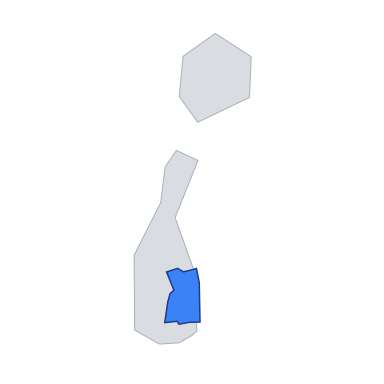 Saint Thomas Middle Island highlighted on a map of Saint Kitts and Nevis, rotated 237°
{"feature_id": "KNA-5111", "entity_name": "Saint Thomas Middle Island", "entity_type": "Parish", "adm_level": 1, "iso_a3": "KNA", "parent_name": "Saint Kitts and Nevis", "parent_adm1": "", "projection": "orthographic", "projection_center": [-62.788, 17.332], "detail": "fine", "context": "in_parent", "style": "filled", "palette": "blue", "viewbox_px": 384, "rotation_deg": 237, "n_neighbors": 0, "source": "natural_earth", "source_scale": "10m", "svg_char_len": 641}
<svg xmlns="http://www.w3.org/2000/svg" viewBox="0 0 384 384"><g transform="rotate(237 192 192)"><path d="M235.4,201.5L215.2,214.2L179.7,163.9L122.3,150.2L72.9,120.4L71.7,114.0L72.5,99.1L82.2,81.9L107.4,68.7L170.5,109.0L200.1,159.9L227.7,183.2L235.4,201.5ZM312.3,297.9L273.1,315.3L240.0,291.7L247.4,234.8L279.1,233.3L310.7,258.5L312.3,297.9Z" fill="#d9dde1" stroke="#a8b0b8" stroke-width="1"/><path d="M125.4,154.1L112.0,148.7L78.6,127.9L84.2,118.7L88.2,109.1L91.7,109.1L97.3,98.0L113.0,111.8L118.6,118.1L119.6,123.4L138.8,127.1L135.8,138.3L129.7,141.4L127.2,148.3L125.4,154.1Z" fill="#3b82f6" stroke="#1e3a8a" stroke-width="1.5"/></g></svg>